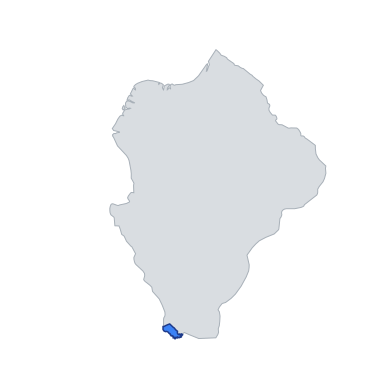 location of Kala Balge, Borno, Nigeria, rotated 123°
{"feature_id": "59680162B27876975276040", "entity_name": "Kala Balge", "entity_type": "district", "adm_level": 2, "iso_a3": "NGA", "parent_name": "Nigeria", "parent_adm1": "Borno", "projection": "albers", "projection_center": [14.602, 11.905], "detail": "fine", "context": "in_parent", "style": "filled", "palette": "blue", "viewbox_px": 384, "rotation_deg": 123, "n_neighbors": 0, "source": "geoboundaries", "source_scale": "gbopen_adm2", "svg_char_len": 5617}
<svg xmlns="http://www.w3.org/2000/svg" viewBox="0 0 384 384"><g transform="rotate(123 192 192)"><path d="M301.3,92.6L311.2,106.5L313.2,116.8L314.0,121.9L315.7,122.5L318.7,122.8L321.0,123.8L322.3,125.5L323.2,127.1L323.3,128.0L322.7,134.2L321.9,136.4L322.3,139.5L322.2,140.8L321.9,141.7L320.5,142.7L318.6,143.7L314.1,146.6L312.8,147.1L310.9,147.2L309.3,147.9L307.3,149.5L303.1,155.4L299.5,161.3L296.9,170.9L293.7,173.9L293.1,176.6L292.6,182.5L292.1,184.3L291.6,184.9L288.1,186.0L286.2,187.4L285.0,190.1L283.4,199.3L282.9,200.8L281.7,202.4L280.0,204.1L278.5,205.1L274.5,205.7L270.7,212.6L270.7,213.8L269.0,220.1L266.0,224.8L265.8,227.9L262.2,232.0L260.2,234.8L262.1,237.8L262.3,238.3L256.0,243.2L255.6,244.0L255.3,247.5L254.8,248.4L253.7,249.7L252.0,251.0L250.3,252.1L248.3,252.8L246.5,253.1L245.4,252.6L244.9,251.6L243.9,247.3L243.4,246.4L242.2,245.6L237.4,240.8L234.6,239.1L233.9,239.2L233.5,239.7L232.6,242.0L231.8,242.9L230.2,243.2L227.6,243.1L225.7,242.8L225.2,242.3L224.3,240.4L218.3,244.6L216.2,245.5L213.5,250.5L209.7,252.9L207.0,255.1L200.0,261.8L198.5,263.8L197.1,266.8L193.9,279.6L188.9,287.5L188.2,289.2L187.9,289.1L187.3,289.8L185.4,289.3L184.6,287.8L183.5,287.5L181.5,285.3L181.1,285.7L183.1,291.2L182.2,293.4L176.4,293.3L171.3,293.9L167.8,293.8L166.0,292.9L165.3,290.8L165.0,291.0L164.8,292.2L163.7,293.0L159.8,293.1L158.1,291.6L156.7,290.0L155.3,289.2L155.5,289.9L157.1,291.5L156.9,293.7L153.7,296.2L151.6,296.3L150.4,295.2L149.8,293.3L149.6,290.6L148.8,288.9L148.4,288.9L148.8,291.8L148.8,294.5L150.2,296.6L147.9,297.2L145.1,297.2L144.8,296.4L144.5,294.7L144.0,294.2L143.4,297.1L137.7,297.8L136.9,297.7L136.7,297.1L137.2,296.3L137.1,295.0L135.8,296.0L135.6,298.0L134.9,298.3L132.7,297.9L130.4,296.8L126.6,294.1L122.1,289.8L121.4,287.8L120.1,285.5L117.9,279.0L118.3,278.7L119.4,279.1L119.9,278.5L118.0,278.0L117.6,277.6L117.5,276.1L117.7,274.4L120.7,273.6L121.4,272.6L121.8,271.5L118.1,273.0L114.8,271.1L114.1,270.0L114.5,269.1L118.4,269.2L119.8,268.4L119.0,268.1L117.5,268.1L117.0,267.5L117.1,266.2L116.6,266.5L115.9,267.7L113.5,268.4L112.2,267.5L112.2,265.6L111.9,264.7L110.8,264.0L107.0,258.9L102.1,254.5L97.7,251.4L91.0,249.8L76.9,249.3L76.1,248.8L77.0,248.2L78.2,247.8L82.9,245.7L82.1,245.3L77.3,246.6L75.7,246.7L73.5,249.4L59.6,249.4L59.7,248.2L60.4,244.5L61.4,242.0L60.6,238.8L60.5,236.0L61.1,235.1L61.3,234.1L61.5,226.8L62.3,225.8L62.4,225.1L61.0,221.9L61.2,219.6L61.0,217.3L60.5,216.2L61.5,207.4L61.4,205.2L61.9,203.7L62.3,199.9L62.4,196.2L63.6,190.3L69.6,189.8L71.1,187.5L72.0,184.6L71.9,181.7L73.9,179.3L76.3,177.1L76.3,174.7L77.0,173.9L78.1,173.4L79.7,173.2L81.5,172.0L82.6,169.9L83.7,166.5L82.2,164.0L82.3,163.5L82.9,162.2L83.9,161.0L84.6,160.6L86.3,161.0L86.9,160.5L88.2,156.8L88.1,155.7L86.6,153.1L86.0,146.2L85.6,145.3L84.4,144.0L81.3,139.0L81.5,136.7L82.9,133.8L83.9,132.4L85.2,131.7L85.5,131.0L85.1,130.2L84.5,129.5L84.4,128.2L85.1,126.4L85.0,124.4L85.7,114.0L88.5,112.1L92.5,108.8L94.6,105.4L95.7,102.7L97.3,93.9L99.4,93.0L103.4,89.9L108.7,88.2L112.1,87.7L118.1,88.3L121.2,88.1L123.8,86.4L125.0,85.9L126.6,85.7L141.4,90.8L142.8,90.6L143.9,91.0L145.7,92.3L150.0,96.7L154.4,103.5L155.8,105.0L157.2,105.8L158.7,106.1L159.8,106.0L160.9,105.4L162.3,104.2L164.6,103.7L166.4,103.8L175.8,99.0L176.7,98.9L182.4,100.2L190.0,105.5L196.3,109.0L200.8,110.2L206.0,111.1L215.0,111.5L221.9,104.4L224.4,102.9L227.4,101.5L233.7,100.3L244.2,99.5L254.0,100.0L260.0,101.3L266.4,103.7L269.1,106.0L273.5,106.4L276.6,106.0L277.6,103.8L280.8,100.9L285.5,98.2L289.3,96.3L292.4,95.5L295.2,93.3L297.5,92.7L301.3,92.6ZM160.1,295.9L157.9,296.5L156.5,296.3L158.5,293.5L159.5,294.1L160.7,294.4L160.1,295.9Z" fill="#d9dde1" stroke="#a8b0b8" stroke-width="1"/><path d="M315.7,134.0L314.8,138.8L316.2,139.9L318.8,141.6L319.8,142.0L320.6,143.0L323.0,141.5L323.1,141.4L323.7,140.1L323.7,139.8L323.8,139.7L323.6,138.3L323.5,138.1L322.7,137.3L322.5,135.9L323.0,134.3L322.9,134.1L322.9,133.9L323.0,133.8L323.0,133.7L322.9,133.5L322.9,133.4L322.9,133.2L323.0,133.2L323.2,132.9L323.3,132.8L323.3,132.7L323.5,132.5L323.5,132.4L323.6,132.2L323.5,131.9L323.7,131.7L323.8,131.6L323.9,131.4L324.0,131.3L324.0,131.2L323.9,131.2L323.7,131.0L323.6,130.9L323.6,130.7L323.5,130.4L323.5,130.2L323.4,130.0L323.4,129.9L323.2,129.8L323.2,129.7L323.3,129.6L323.2,129.6L323.3,129.4L323.2,129.4L323.3,129.4L323.4,129.2L323.5,129.1L323.8,129.0L323.9,128.9L323.7,128.7L323.5,128.4L323.6,128.2L323.8,128.0L323.9,127.9L324.0,127.9L323.9,127.8L324.0,127.7L323.9,127.6L324.0,127.6L323.9,127.4L324.0,127.4L324.0,127.2L324.3,127.0L324.4,126.9L324.4,126.7L324.2,126.5L324.1,126.4L324.2,126.2L323.9,126.1L323.7,126.1L323.4,126.1L323.3,126.3L323.2,126.4L323.1,126.2L322.9,126.2L322.7,126.1L322.8,126.0L322.9,125.9L322.8,125.7L322.7,125.7L322.6,125.4L322.4,125.4L322.2,125.4L321.8,125.2L321.7,125.2L321.8,125.0L321.8,124.9L321.9,124.7L321.7,124.7L321.5,124.4L321.6,124.2L321.4,124.1L321.2,124.0L321.1,123.9L320.9,123.8L320.9,123.7L320.8,123.4L321.0,123.5L321.0,123.4L321.0,123.2L320.9,123.1L320.6,123.1L320.4,122.9L320.2,122.9L320.3,122.8L320.3,122.7L320.2,122.6L320.1,122.8L320.0,122.7L319.9,122.6L319.8,122.4L319.7,122.5L319.4,122.7L319.4,122.4L319.2,122.3L319.1,122.2L318.9,122.4L318.7,122.4L318.4,122.3L318.1,122.4L318.1,122.5L317.9,122.5L317.8,122.4L317.7,122.3L317.4,122.4L317.0,122.1L316.8,122.1L316.7,122.2L316.7,122.9L316.7,123.5L317.3,124.0L317.7,124.0L318.0,124.0L318.3,124.3L317.9,124.7L317.9,125.1L318.5,125.3L318.9,125.8L319.0,125.9L319.0,126.0L318.8,126.1L318.7,126.1L318.8,126.3L318.3,127.4L317.9,127.6L317.6,127.9L316.7,128.3L316.5,130.1L316.5,130.5L315.7,132.8L315.7,134.0Z" fill="#3b82f6" stroke="#1e3a8a" stroke-width="1.5"/></g></svg>